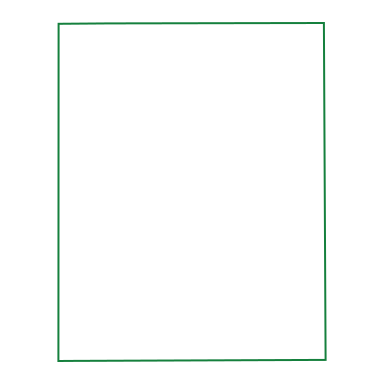 outline of Wichita, Kansas, United States of America
{"feature_id": "52423323B71882336368987", "entity_name": "Wichita", "entity_type": "district", "adm_level": 2, "iso_a3": "USA", "parent_name": "United States of America", "parent_adm1": "Kansas", "projection": "mercator", "projection_center": [-101.426, 38.482], "detail": "fine", "context": "isolated", "style": "outline", "palette": "green", "viewbox_px": 384, "rotation_deg": 0, "n_neighbors": 0, "source": "geoboundaries", "source_scale": "gbopen_adm2", "svg_char_len": 203}
<svg xmlns="http://www.w3.org/2000/svg" viewBox="0 0 384 384"><path d="M58.6,23.8L58.4,361.0L73.6,360.9L325.6,359.9L323.9,23.0L108.6,23.4L58.6,23.8Z" fill="none" stroke="#15803d" stroke-width="2"/></svg>